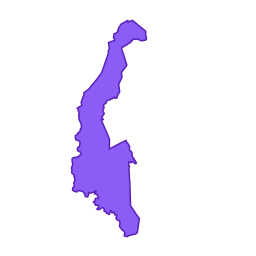 Santiago Comaltepec, Oaxaca, Mexico (Mercator projection), rotated 118°
{"feature_id": "50627088B9825150146899", "entity_name": "Santiago Comaltepec", "entity_type": "district", "adm_level": 2, "iso_a3": "MEX", "parent_name": "Mexico", "parent_adm1": "Oaxaca", "projection": "mercator", "projection_center": [-96.381, 17.637], "detail": "fine", "context": "isolated", "style": "filled", "palette": "violet", "viewbox_px": 256, "rotation_deg": 118, "n_neighbors": 0, "source": "geoboundaries", "source_scale": "gbopen_adm2", "svg_char_len": 5472}
<svg xmlns="http://www.w3.org/2000/svg" viewBox="0 0 256 256"><g transform="rotate(118 128 128)"><path d="M225.0,80.7L225.0,79.8L224.8,79.5L224.7,79.1L224.5,78.8L224.4,78.1L224.3,77.8L224.1,77.4L223.9,77.4L223.3,77.2L222.6,76.7L219.2,73.0L218.2,71.6L216.1,70.7L211.7,72.2L207.8,73.6L202.7,75.4L200.1,80.6L197.6,85.2L196.6,87.0L195.4,89.3L192.9,90.7L189.2,92.8L188.5,93.2L188.2,93.4L186.1,94.6L183.2,96.2L174.3,101.4L171.4,103.3L165.3,106.9L162.1,108.9L161.6,108.6L161.2,108.6L160.9,109.2L160.5,109.8L158.6,111.0L158.3,111.0L157.8,111.2L157.2,111.1L157.1,110.8L157.4,109.6L157.4,109.3L156.2,108.6L155.7,108.0L156.1,104.7L155.5,104.2L154.7,104.4L153.2,106.8L153.4,107.4L153.2,107.9L152.4,108.1L152.5,108.8L150.5,111.4L148.1,112.7L147.0,114.4L147.1,115.1L147.0,116.0L146.1,116.8L144.8,117.3L143.9,117.6L142.7,119.2L142.2,120.1L142.1,120.6L141.6,121.0L141.6,121.9L141.6,122.1L140.9,122.6L140.3,123.6L140.1,123.7L140.0,123.8L139.9,124.0L147.8,129.6L155.3,134.6L146.5,139.1L133.4,155.4L132.2,153.8L131.5,154.8L131.4,155.8L130.7,156.2L126.5,155.7L124.7,158.3L121.3,158.7L120.4,159.4L119.4,160.5L118.7,160.1L117.7,160.1L117.2,159.4L116.2,159.1L115.1,159.2L114.5,159.6L113.5,159.2L112.6,158.5L112.1,157.9L111.3,156.9L110.3,156.7L109.7,155.8L108.6,155.4L108.1,154.8L107.3,154.2L107.9,153.6L107.0,152.3L106.4,151.9L104.5,152.6L100.0,152.3L93.9,156.7L90.7,156.9L86.1,157.1L81.9,159.9L73.6,158.4L72.4,159.1L71.0,160.6L69.3,162.3L68.0,163.7L67.6,164.0L64.2,167.5L61.2,170.7L60.5,171.0L60.1,171.2L59.7,171.2L59.5,170.8L59.2,170.6L58.7,170.7L58.4,170.4L58.1,170.0L57.7,170.0L57.2,169.4L56.9,169.4L56.4,169.1L55.3,168.2L54.4,167.6L53.8,167.6L53.5,167.6L52.4,166.7L51.7,166.1L49.9,165.6L49.4,166.1L49.2,165.6L48.6,165.3L48.3,165.6L47.0,165.1L46.1,163.0L45.8,162.6L45.5,162.3L44.8,159.7L44.9,158.2L44.9,157.7L44.4,156.7L44.1,156.3L43.7,155.6L42.8,155.0L42.7,154.6L42.4,153.9L41.8,153.6L41.3,153.2L41.3,152.9L41.1,153.3L40.9,153.5L40.7,153.5L39.4,154.3L39.1,154.5L38.8,154.9L38.1,155.8L36.4,156.8L35.6,157.0L34.4,157.7L34.0,159.0L33.3,162.5L33.0,164.2L32.8,164.9L32.4,167.3L31.7,170.2L30.9,174.5L32.1,175.7L34.4,177.9L33.2,178.7L39.5,182.9L44.2,183.2L45.6,183.0L46.8,182.8L47.2,182.1L49.8,183.1L51.4,184.5L55.1,183.2L56.2,181.2L57.1,181.0L59.9,183.7L61.7,185.3L66.4,181.9L67.1,181.8L69.6,181.5L70.4,180.9L70.9,180.5L71.7,180.3L72.5,180.2L73.6,180.0L87.2,177.9L91.4,177.3L98.1,178.1L112.3,181.0L116.3,182.8L117.2,183.5L119.9,182.4L127.1,181.5L128.5,180.4L129.9,179.4L132.4,181.1L134.4,182.1L134.5,181.7L134.4,181.4L135.2,180.5L135.8,180.1L136.1,180.0L136.5,179.8L137.0,179.1L137.3,178.6L137.8,178.3L138.5,177.9L139.5,177.5L140.0,177.5L141.3,176.5L142.0,176.1L143.4,175.1L144.1,174.3L144.3,174.1L144.5,173.8L144.6,173.6L144.9,173.4L145.7,172.2L146.8,170.9L147.0,170.8L148.9,169.7L149.7,169.4L150.4,169.3L151.3,169.6L151.9,169.3L152.6,168.7L153.7,169.3L154.7,169.2L156.1,170.0L156.5,169.6L158.2,170.2L159.1,170.7L159.8,170.8L162.0,169.4L163.0,168.2L162.3,166.6L162.4,166.1L162.3,165.8L163.2,163.5L164.6,163.1L166.1,162.5L167.2,162.3L168.2,162.6L168.5,163.1L170.7,162.9L171.7,161.4L171.8,159.4L171.5,158.3L173.6,156.9L174.4,157.8L175.3,158.0L176.4,158.1L177.0,159.1L178.1,159.6L178.6,160.2L178.5,160.7L178.8,161.1L180.6,162.8L181.2,163.0L184.1,161.4L185.1,160.3L186.3,159.6L188.3,159.4L190.3,158.9L190.9,158.2L192.0,157.4L193.4,157.1L194.3,156.2L194.5,155.2L194.5,154.5L194.8,153.9L195.9,153.0L196.7,152.4L196.7,152.1L198.2,151.0L198.3,150.6L200.1,150.2L201.8,150.2L203.2,149.0L205.2,148.1L206.8,148.7L207.6,148.2L208.7,148.0L209.1,147.1L209.0,144.9L208.4,143.1L207.6,143.1L206.9,142.7L206.3,142.2L206.3,141.2L205.6,139.8L205.5,136.4L206.9,135.3L206.8,134.5L208.6,133.6L207.8,131.3L207.1,131.2L204.9,131.6L203.9,132.6L203.5,132.5L202.8,130.0L201.6,129.3L200.7,127.8L199.8,127.7L198.9,127.2L198.6,126.8L199.4,126.4L201.9,126.5L201.0,124.4L202.5,122.9L202.8,121.6L204.4,121.2L204.9,123.0L205.6,123.6L206.7,123.5L206.9,123.2L207.9,122.9L209.2,123.8L209.9,123.5L209.7,122.3L210.1,121.5L211.2,121.0L211.4,120.6L210.9,119.1L210.3,118.5L210.5,117.5L212.4,116.9L214.2,117.4L214.4,116.8L214.0,116.0L213.4,115.0L212.4,114.4L211.8,114.1L211.4,114.0L210.9,113.7L210.4,113.1L210.2,112.6L210.2,112.1L210.4,111.7L210.5,111.5L210.7,111.1L210.9,110.6L211.2,110.6L211.6,110.7L212.6,110.1L212.6,109.4L212.6,108.9L212.4,108.4L212.3,108.1L212.5,107.8L212.6,107.4L212.9,107.2L213.4,107.0L213.3,106.8L213.2,106.5L213.1,106.2L213.0,105.9L213.1,105.5L213.2,105.3L213.3,105.0L213.4,104.7L213.4,104.3L213.0,103.9L212.7,103.9L212.2,104.0L211.8,104.2L211.2,104.4L210.6,104.5L210.2,104.6L209.6,104.6L209.3,104.5L209.0,104.3L209.1,103.9L209.4,103.6L209.7,103.2L209.9,103.1L210.1,102.8L210.4,102.3L210.3,102.0L210.0,101.7L209.6,101.5L209.3,101.1L209.0,100.8L208.9,100.4L209.2,100.0L209.4,99.9L209.9,99.7L210.3,99.4L210.5,99.4L210.8,99.0L210.8,98.4L210.6,98.2L210.4,97.9L210.3,97.6L210.1,97.2L210.2,96.9L210.4,96.7L210.8,96.6L211.2,96.6L211.5,96.6L211.9,96.5L212.3,96.6L212.6,96.5L213.2,96.3L213.4,96.1L213.7,95.8L213.9,95.3L214.1,95.0L214.2,94.4L214.2,93.9L214.1,93.4L214.0,92.9L213.9,92.4L214.1,91.9L214.4,91.6L214.6,91.3L214.9,91.0L215.6,90.6L215.9,90.3L216.4,90.3L216.9,89.9L217.5,89.9L218.1,89.6L218.6,89.5L218.9,89.2L219.2,88.8L219.3,88.5L219.5,88.0L219.6,87.7L219.7,87.4L220.0,86.9L220.3,86.4L220.5,85.9L220.8,85.5L220.8,85.0L220.8,84.7L220.8,84.2L220.9,83.7L221.0,83.4L221.2,83.1L221.4,82.6L221.6,82.2L222.0,81.8L222.2,81.6L222.7,81.4L223.8,81.3L225.0,80.7Z" fill="#8b5cf6" stroke="#5b21b6" stroke-width="1.5"/></g></svg>